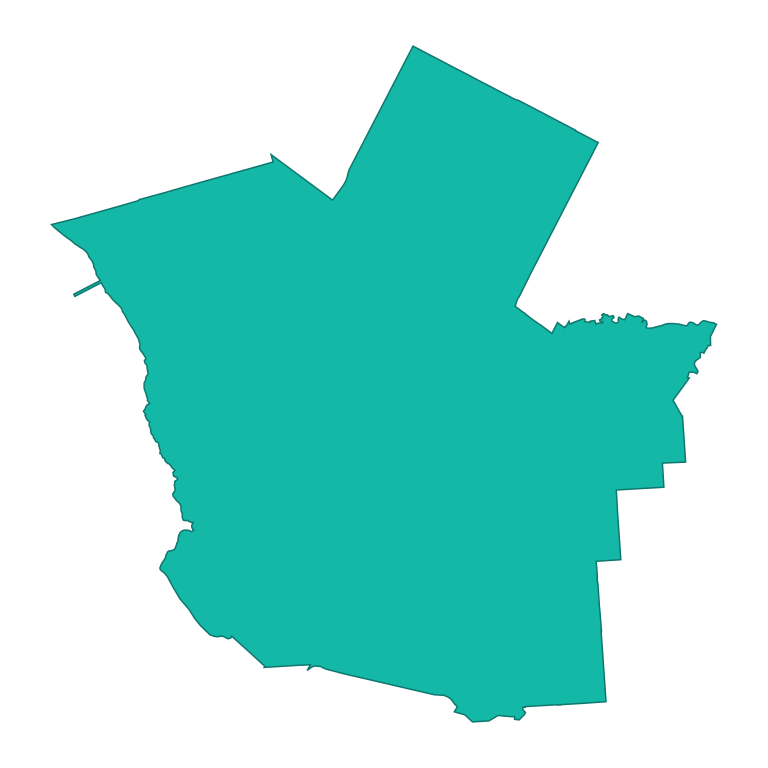 Salisbury, South Australia, Australia (orthographic projection)
{"feature_id": "25037944B95616539853674", "entity_name": "Salisbury", "entity_type": "district", "adm_level": 2, "iso_a3": "AUS", "parent_name": "Australia", "parent_adm1": "South Australia", "projection": "orthographic", "projection_center": [138.626, -34.768], "detail": "fine", "context": "isolated", "style": "filled", "palette": "teal", "viewbox_px": 768, "rotation_deg": 0, "n_neighbors": 0, "source": "geoboundaries", "source_scale": "gbopen_adm2", "svg_char_len": 6065}
<svg xmlns="http://www.w3.org/2000/svg" viewBox="0 0 768 768"><path d="M51.5,224.5L53.8,226.9L56.3,229.1L62.6,234.3L65.8,236.8L71.3,240.7L74.8,243.8L79.0,246.6L82.9,249.0L86.0,251.5L87.9,254.1L89.2,257.4L90.3,258.6L91.6,260.4L92.6,262.2L93.6,264.8L93.9,267.2L95.0,269.1L95.9,271.5L96.1,272.8L96.1,274.3L99.3,279.1L100.1,280.6L73.8,294.2L74.9,296.4L101.3,282.7L102.2,284.6L103.9,287.4L104.8,288.5L105.4,290.8L105.4,292.2L107.4,293.3L109.3,295.1L111.1,297.6L113.0,299.9L115.9,302.8L118.2,304.8L120.4,307.1L121.8,309.1L122.5,311.7L124.1,313.8L125.3,315.9L128.4,322.0L131.3,326.6L133.5,329.7L135.0,332.8L138.2,338.4L140.0,344.4L139.5,347.9L140.2,349.9L141.7,351.9L142.6,353.0L145.4,357.4L145.9,358.9L144.4,360.5L144.7,362.4L145.7,364.0L146.8,365.1L147.5,370.8L148.2,373.8L147.1,375.4L146.0,376.8L145.7,379.5L144.9,381.6L144.1,383.1L144.1,387.2L144.4,389.3L146.2,394.3L146.9,397.1L147.6,398.2L147.3,400.4L149.8,403.7L147.4,404.6L145.8,406.7L145.7,407.5L145.4,408.0L145.3,408.6L144.0,410.4L143.5,411.5L145.9,414.6L145.0,415.2L146.8,419.4L148.6,421.3L149.5,421.9L149.2,423.8L149.1,425.8L150.2,427.7L150.5,429.4L150.9,430.2L150.7,431.2L151.3,433.9L153.1,435.5L153.6,438.0L155.4,440.3L155.5,441.3L158.5,442.9L159.0,446.4L159.5,447.1L159.5,448.4L160.3,450.0L159.9,453.6L161.1,454.0L162.9,457.9L164.5,458.3L164.9,460.2L165.3,460.6L165.5,461.4L167.6,463.5L168.9,463.7L171.0,465.9L172.2,468.1L173.7,469.1L174.9,470.4L173.0,472.5L173.5,475.7L174.0,475.9L174.0,476.4L175.6,477.0L177.6,478.3L177.3,479.7L176.2,480.3L174.7,481.4L174.6,483.9L174.3,485.7L174.7,486.1L174.7,487.6L175.2,490.2L172.7,494.1L173.4,496.8L174.0,497.2L174.9,498.3L175.8,499.7L176.9,501.0L179.5,503.3L179.7,503.6L180.5,505.4L180.9,506.3L180.9,506.7L181.1,507.6L181.0,510.2L181.3,511.5L182.2,513.3L182.3,515.0L182.3,517.5L183.3,520.2L185.9,520.7L187.6,520.4L188.3,520.5L188.7,521.3L190.2,522.0L191.6,522.4L192.5,522.3L193.2,522.8L192.4,523.8L191.8,525.4L191.9,527.7L192.9,529.5L193.8,530.0L191.7,531.7L188.9,530.4L186.8,530.2L186.5,530.1L184.3,530.1L182.9,530.5L180.4,532.2L179.0,534.7L178.7,536.1L178.3,537.2L178.1,538.6L177.9,539.5L178.3,540.6L177.0,542.7L176.3,545.4L175.9,546.4L175.6,547.5L175.0,548.3L174.4,549.5L172.4,550.4L170.8,550.7L170.7,550.8L169.0,550.9L167.7,551.8L166.7,553.9L166.2,554.5L166.0,555.1L165.9,556.0L165.8,556.6L165.2,558.1L164.6,559.1L161.9,563.3L161.2,564.5L160.3,566.9L160.0,567.4L160.1,569.3L161.2,570.6L164.3,572.9L167.6,577.0L172.7,586.6L180.0,598.9L188.9,609.3L194.6,618.3L200.1,625.2L210.0,634.9L213.8,636.2L216.9,636.8L221.0,636.2L222.8,636.3L224.6,637.0L226.7,638.2L228.2,638.8L231.2,637.7L231.6,636.1L250.6,653.2L264.8,666.3L264.2,667.4L301.7,665.1L302.9,665.2L310.5,664.7L307.1,670.4L311.8,667.1L312.8,666.6L313.9,666.2L316.1,666.0L318.7,666.4L320.5,666.4L323.2,667.9L325.9,669.1L343.9,673.8L433.6,694.6L434.9,694.8L441.7,695.2L441.8,695.1L443.0,695.2L444.6,695.6L447.6,696.8L450.2,698.5L451.4,699.7L452.4,700.9L454.2,703.6L455.4,704.8L457.4,706.6L454.3,711.8L464.8,714.8L472.5,721.9L488.9,720.9L498.2,715.4L503.3,716.0L511.8,716.7L514.5,716.6L514.6,719.3L519.1,719.9L524.1,714.9L525.5,712.6L522.7,709.3L522.7,707.5L525.0,707.3L524.8,706.6L557.6,704.7L557.7,705.1L561.4,704.9L561.7,704.6L583.4,703.3L606.0,701.7L601.1,631.3L601.5,631.2L599.9,611.3L599.4,606.1L598.0,585.0L597.8,584.1L597.7,582.4L597.4,582.3L597.5,581.8L597.1,576.9L597.4,576.9L596.2,561.3L620.8,559.7L617.6,513.0L616.3,490.0L663.9,487.2L662.4,463.1L685.6,462.1L682.5,416.1L681.9,416.1L681.8,415.7L673.0,400.2L675.8,396.5L689.3,378.0L688.6,377.7L687.5,377.5L689.2,372.2L693.5,372.1L696.8,373.7L697.9,371.6L697.9,371.0L695.0,366.1L694.6,365.1L694.4,364.0L694.7,362.4L695.0,361.7L696.1,360.5L700.3,357.4L700.4,354.2L700.3,353.3L700.1,352.9L701.6,352.4L702.6,352.5L703.9,353.2L704.1,352.9L704.8,351.2L705.6,349.9L707.4,347.4L708.1,345.5L710.6,345.5L710.4,336.7L716.5,324.3L715.5,323.9L714.0,323.0L713.0,322.7L709.1,322.2L706.0,321.1L703.5,320.7L702.8,321.0L700.6,322.5L700.1,323.2L698.7,324.6L698.1,324.8L696.4,325.0L695.8,324.7L695.1,324.2L694.4,323.6L693.9,323.4L692.9,322.7L691.6,322.3L689.8,322.3L689.2,322.6L688.5,323.4L687.3,325.3L686.3,325.7L685.7,325.7L684.0,325.4L681.6,324.8L679.2,324.1L674.7,323.8L673.5,323.5L671.5,323.6L669.3,323.5L666.3,323.9L664.3,324.5L661.2,325.7L659.5,326.0L657.5,326.6L656.2,326.8L654.2,327.5L652.1,328.0L648.4,328.2L646.8,327.9L646.5,327.7L646.3,327.4L646.2,326.5L647.0,324.8L647.0,324.0L646.6,321.9L646.3,321.3L645.7,320.6L645.1,320.1L643.7,320.1L643.5,320.5L643.2,321.5L642.5,322.1L641.9,322.1L642.8,320.0L643.3,318.4L638.6,316.0L635.3,316.6L634.5,316.6L627.7,313.6L624.7,319.7L621.3,318.8L620.5,318.3L619.7,317.4L619.3,317.2L618.9,317.3L618.6,317.6L618.3,318.9L618.2,319.6L618.4,321.0L618.3,321.8L618.0,322.2L617.4,322.7L615.9,323.2L615.5,323.1L612.4,321.4L611.9,320.8L611.8,320.2L611.9,319.6L612.4,318.7L614.0,317.5L613.6,316.3L613.3,315.8L612.9,315.7L611.9,315.9L610.0,316.4L609.0,316.3L608.1,316.0L607.6,314.9L606.8,315.0L606.0,314.8L604.4,314.2L603.9,313.7L603.6,313.7L603.0,314.2L602.0,314.5L601.7,315.0L601.9,315.3L602.7,315.6L603.1,316.1L603.1,317.1L602.8,317.3L602.2,317.5L601.8,317.8L601.7,318.3L601.7,318.8L601.5,319.1L599.9,319.6L599.6,319.8L599.5,320.1L599.5,320.4L599.7,320.7L600.3,321.3L600.9,321.5L602.4,321.7L603.0,321.9L602.9,322.2L602.3,322.8L601.9,323.3L601.4,323.3L600.6,323.0L600.0,323.0L598.6,323.1L597.4,323.3L595.9,324.2L594.7,320.5L590.3,321.2L590.4,322.3L588.0,322.2L584.7,321.3L585.0,319.2L582.9,318.9L572.2,322.9L572.3,323.2L569.8,324.1L569.0,321.3L565.8,326.8L565.2,326.4L564.4,327.6L557.5,322.5L551.9,333.4L540.9,325.2L539.3,324.3L537.4,322.9L533.2,320.0L525.3,313.9L524.7,313.2L523.5,312.4L522.9,312.1L515.2,306.3L516.3,302.5L517.8,298.5L519.2,296.7L527.5,280.0L529.6,275.6L598.2,142.6L575.6,130.8L575.8,130.4L537.2,110.1L517.9,100.1L516.2,100.0L475.8,79.0L471.4,76.6L456.4,68.8L454.2,67.7L413.0,46.1L349.2,169.6L348.2,172.7L347.1,177.1L345.9,180.8L343.2,185.5L332.5,200.1L271.1,154.6L273.1,162.0L184.1,187.0L164.1,192.8L139.1,199.6L138.5,200.6L116.3,207.0L73.2,219.1L51.5,224.5Z" fill="#14b8a6" stroke="#0f766e" stroke-width="1.5"/></svg>